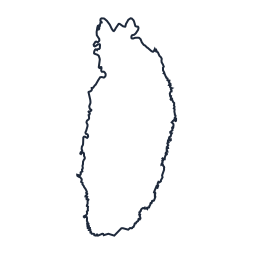 the district of Múgica, Michoacán, Mexico, rotated 184°
{"feature_id": "50627088B21289458615422", "entity_name": "Múgica", "entity_type": "district", "adm_level": 2, "iso_a3": "MEX", "parent_name": "Mexico", "parent_adm1": "Michoacán", "projection": "equal_earth", "projection_center": [-102.107, 18.967], "detail": "fine", "context": "isolated", "style": "outline", "palette": "slate", "viewbox_px": 256, "rotation_deg": 184, "n_neighbors": 0, "source": "geoboundaries", "source_scale": "gbopen_adm2", "svg_char_len": 5806}
<svg xmlns="http://www.w3.org/2000/svg" viewBox="0 0 256 256"><g transform="rotate(184 128 128)"><path d="M175.4,77.8L175.3,77.1L175.0,76.6L173.4,75.8L172.1,75.5L171.2,74.3L170.8,74.0L170.5,73.0L171.0,71.0L169.5,70.1L169.5,68.6L168.2,67.2L167.7,66.1L166.1,64.2L164.6,61.6L164.7,61.1L165.2,60.4L165.0,60.0L164.1,59.7L164.1,59.1L164.3,58.6L165.6,57.3L165.7,56.7L163.9,56.4L164.5,54.7L164.3,54.0L162.8,54.1L162.5,53.9L162.6,53.4L163.2,52.2L163.0,49.7L163.6,48.0L163.6,47.3L162.4,46.8L162.5,44.5L162.2,42.9L163.2,41.9L162.8,39.8L163.1,39.1L163.8,38.0L165.9,36.8L165.9,36.3L165.3,35.8L163.7,36.5L162.9,36.2L162.6,35.3L162.5,32.3L161.9,31.5L162.1,29.6L161.7,29.5L161.0,30.0L160.7,29.7L160.8,29.1L161.7,27.9L161.7,27.3L161.2,26.9L160.1,27.2L160.1,26.7L161.1,26.2L161.3,25.5L161.0,25.2L159.0,25.5L159.0,24.7L159.6,23.5L158.4,23.5L158.2,21.3L157.5,21.4L157.3,20.6L156.9,20.0L154.7,20.0L154.2,19.7L154.1,18.7L152.4,18.4L151.6,19.6L151.3,19.6L151.2,19.1L150.5,18.5L146.3,20.7L145.4,20.6L144.7,19.4L140.2,21.1L134.2,19.7L127.6,27.5L126.2,27.7L120.7,26.6L118.9,28.4L117.4,28.2L116.9,28.4L116.5,29.3L115.6,29.7L114.9,31.6L114.7,32.9L114.5,33.3L113.6,33.4L112.8,35.1L112.1,35.3L111.5,35.9L111.1,38.1L110.9,38.2L109.9,37.6L109.3,38.5L109.5,39.7L110.2,41.0L109.9,42.2L110.7,42.4L110.4,43.0L110.8,44.3L110.8,44.6L110.3,44.7L109.9,46.0L109.4,46.3L109.5,46.6L109.2,47.6L108.7,48.3L107.5,49.2L107.0,49.2L106.2,48.8L105.9,49.1L105.9,49.5L105.7,49.7L105.2,48.8L104.2,48.9L103.8,49.4L103.1,48.7L102.7,50.0L101.4,50.3L101.3,51.5L101.0,51.7L100.5,52.9L100.3,54.5L100.2,54.7L99.4,54.6L99.2,54.8L99.0,56.6L98.6,56.6L98.1,56.9L98.1,57.2L97.0,57.5L95.9,61.2L96.4,62.8L96.5,62.7L96.6,63.8L96.3,64.0L96.2,65.0L96.8,65.9L97.4,65.5L97.6,65.7L95.5,72.0L94.8,71.6L94.7,69.5L93.8,72.6L94.4,73.4L94.5,74.9L93.9,76.4L93.0,75.9L91.5,77.1L91.6,78.0L90.1,81.2L90.7,83.1L89.1,88.8L89.3,90.5L89.1,90.9L89.4,91.9L90.3,92.8L90.7,93.9L91.2,94.0L92.1,93.6L92.1,94.1L91.6,95.4L91.1,95.8L91.5,97.5L91.0,97.6L90.6,98.1L91.6,99.9L91.3,100.2L90.3,99.6L89.2,99.5L89.2,101.2L88.8,102.9L88.6,103.5L87.4,104.5L87.4,104.8L88.6,105.0L88.7,105.3L88.5,106.0L87.7,106.9L87.0,107.1L87.4,108.2L87.8,108.2L88.0,110.3L86.6,110.8L86.8,111.3L87.8,111.9L86.6,113.7L87.0,114.1L87.7,115.5L86.5,116.4L87.3,117.4L87.2,118.5L86.6,118.6L85.1,118.3L84.7,118.5L84.4,118.9L84.6,119.8L85.3,119.6L86.4,120.3L86.5,120.7L86.0,122.0L85.1,122.2L84.9,122.5L84.5,124.7L83.9,125.8L85.5,126.2L85.6,127.0L83.5,128.8L84.0,131.4L83.8,131.7L83.0,131.3L82.9,131.5L82.8,134.2L83.1,135.3L84.8,136.7L84.2,137.3L83.8,138.1L83.3,138.4L82.4,139.6L81.1,138.2L80.8,138.3L80.6,138.8L80.7,140.6L82.1,140.9L82.1,141.4L81.5,142.0L81.5,143.8L82.2,144.4L82.2,145.1L82.9,147.7L82.8,150.0L83.7,150.8L83.1,151.9L83.1,152.7L83.8,153.7L83.6,155.0L83.7,156.2L84.8,157.1L86.2,159.8L87.1,159.2L87.4,159.5L86.5,160.6L87.4,161.0L87.5,161.5L87.3,162.8L88.2,162.9L88.7,165.2L88.2,166.7L87.5,167.7L87.1,167.7L87.1,168.3L87.3,168.9L87.6,168.9L88.0,169.8L87.6,170.5L87.1,170.8L88.0,171.0L89.0,172.0L89.0,172.3L88.4,173.3L88.5,173.6L90.1,173.7L89.7,174.6L89.1,174.3L88.7,174.9L89.7,175.8L90.2,176.0L90.7,177.3L90.1,177.5L90.0,178.2L92.0,178.5L92.0,180.1L93.3,180.8L93.4,181.5L93.8,181.7L95.2,184.5L95.9,184.9L95.6,185.1L95.7,185.8L97.1,188.0L97.3,190.6L96.6,191.7L97.6,193.8L99.0,195.9L99.3,197.6L99.2,199.1L99.3,199.7L100.3,201.1L101.5,202.0L102.0,202.8L103.4,205.5L104.4,206.0L105.1,207.4L105.6,207.4L105.6,208.2L105.9,208.2L106.2,207.4L106.8,208.6L107.5,206.6L108.4,205.8L109.0,205.9L110.1,206.4L114.0,209.4L114.6,209.6L116.8,211.5L118.1,212.0L120.2,214.4L121.6,217.4L123.2,218.7L124.3,218.8L127.1,218.5L129.2,217.6L130.3,217.6L130.9,218.1L131.0,219.6L130.6,220.6L130.2,220.9L128.3,221.5L126.9,222.9L124.8,226.6L124.5,228.3L124.7,229.2L125.2,229.8L126.8,229.8L127.8,230.3L129.4,234.7L130.0,235.8L131.9,237.5L133.1,237.6L135.2,236.0L137.3,231.6L137.7,229.1L138.0,228.8L140.0,229.1L143.6,231.3L144.6,231.2L147.2,226.7L148.1,224.7L148.9,223.7L149.7,224.0L151.2,225.9L153.4,229.8L156.5,233.4L158.9,235.2L159.7,235.6L162.2,235.5L162.9,234.8L163.1,233.6L162.9,233.0L161.6,231.7L161.5,230.6L161.9,231.2L162.8,231.5L163.3,227.4L164.0,226.6L163.6,225.6L163.7,224.9L163.9,224.4L164.4,224.2L164.5,225.2L164.8,226.1L164.5,228.2L165.2,227.8L165.6,226.2L166.0,221.6L165.6,218.4L162.9,214.8L162.7,213.2L163.2,212.3L163.9,211.6L164.6,211.5L165.8,212.0L166.5,211.7L168.1,208.8L167.7,207.5L166.9,207.1L166.2,207.4L163.9,209.3L162.3,209.6L161.9,209.4L161.7,208.6L161.7,205.7L162.3,204.8L163.7,204.5L164.2,204.0L164.3,203.6L165.5,204.3L166.3,203.8L167.0,202.2L167.1,200.3L166.7,199.8L163.6,198.9L162.3,198.1L161.2,195.5L160.9,194.2L161.4,186.6L161.0,186.1L160.4,185.8L160.1,185.9L159.4,186.9L158.9,186.9L158.6,186.0L158.8,183.9L158.6,183.1L158.0,182.3L156.1,182.5L155.0,181.7L154.1,180.4L154.0,179.0L154.3,177.8L155.6,176.6L157.7,177.0L159.3,176.7L161.0,173.7L163.3,168.9L164.1,168.2L165.6,165.7L167.0,165.4L166.7,163.7L167.2,162.7L168.0,162.0L169.7,161.3L169.9,161.0L167.6,153.4L167.3,151.7L167.2,150.3L168.2,147.0L167.8,145.4L167.0,144.0L166.0,143.7L165.8,143.4L165.9,142.9L166.8,141.9L167.3,141.7L168.3,141.8L168.5,141.5L167.1,139.6L167.5,138.5L168.2,138.1L167.6,136.2L167.5,134.8L167.9,133.8L169.2,132.7L169.6,132.0L169.8,130.9L169.7,130.4L168.6,128.5L168.5,127.1L169.5,122.4L170.1,120.8L170.1,120.2L169.4,119.2L168.1,118.9L167.8,118.6L167.4,117.8L167.2,116.8L167.5,116.0L168.1,115.3L170.5,116.4L171.4,116.2L171.9,115.4L171.7,109.0L171.9,107.7L172.7,106.2L172.8,104.0L172.6,103.1L172.3,102.8L172.1,102.3L172.5,101.3L173.5,100.4L173.8,99.1L173.1,98.7L171.9,100.3L170.7,100.3L170.1,99.2L169.9,97.0L169.1,95.7L169.0,94.4L169.7,93.4L170.5,91.3L170.4,88.7L170.8,87.0L170.3,85.0L170.5,84.0L171.0,83.5L171.0,82.9L170.5,81.5L172.1,80.5L172.2,79.8L171.8,79.0L172.2,78.1L172.8,77.3L175.4,77.8Z" fill="none" stroke="#1e293b" stroke-width="2"/></g></svg>